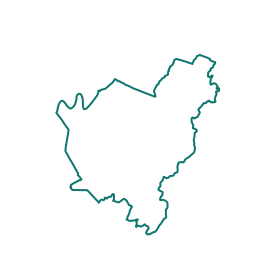 Palestina, Guayas, Ecuador, rotated 20°
{"feature_id": "8360857B38620743711757", "entity_name": "Palestina", "entity_type": "district", "adm_level": 2, "iso_a3": "ECU", "parent_name": "Ecuador", "parent_adm1": "Guayas", "projection": "robinson", "projection_center": [-79.904, -1.631], "detail": "fine", "context": "isolated", "style": "outline", "palette": "teal", "viewbox_px": 256, "rotation_deg": 20, "n_neighbors": 0, "source": "geoboundaries", "source_scale": "gbopen_adm2", "svg_char_len": 5846}
<svg xmlns="http://www.w3.org/2000/svg" viewBox="0 0 256 256"><g transform="rotate(20 128 128)"><path d="M55.5,138.2L63.0,143.0L67.1,146.1L72.7,149.9L73.0,150.7L73.6,153.8L76.1,167.6L77.1,171.1L85.5,178.4L86.8,179.3L96.6,187.8L96.9,189.4L99.1,190.4L101.8,192.2L101.7,192.5L101.2,193.3L100.0,193.7L99.3,195.1L98.3,195.5L97.6,196.7L96.8,197.6L96.1,197.9L94.7,200.1L94.0,200.6L93.8,201.0L93.9,201.5L94.2,201.9L94.2,202.9L94.6,203.2L94.3,203.6L96.9,205.3L110.1,200.7L110.8,200.5L111.5,200.6L126.1,208.0L126.5,206.4L126.8,205.9L126.9,205.2L127.6,204.4L127.8,204.2L129.5,204.2L130.0,203.7L130.4,202.9L130.5,202.3L130.1,201.5L130.8,201.3L132.1,201.4L132.5,201.3L132.7,200.5L133.0,200.0L133.8,199.2L135.6,198.2L135.7,197.8L135.7,197.0L135.9,196.1L136.1,195.7L136.7,195.1L137.1,195.2L138.0,196.3L138.1,196.9L138.8,199.1L139.0,199.4L139.2,199.7L139.0,201.4L144.0,201.3L145.1,200.7L146.0,199.4L147.0,198.0L147.6,196.7L148.0,196.3L148.5,196.0L149.0,196.0L150.4,196.3L151.4,196.6L153.1,198.2L154.1,198.8L154.9,199.8L156.5,200.2L157.7,200.1L158.1,200.2L158.6,200.6L158.2,202.8L158.3,203.5L158.0,204.9L158.4,207.9L158.0,211.8L158.2,213.1L158.1,214.4L159.6,214.6L161.7,214.7L163.4,213.7L165.1,213.0L168.0,210.7L168.3,210.6L168.5,210.8L168.6,211.0L167.7,212.8L167.9,213.2L168.3,213.6L169.3,215.9L169.3,216.3L168.9,217.0L169.0,217.3L169.5,217.9L169.6,217.6L170.1,217.2L171.3,216.3L171.9,216.1L173.5,216.3L174.1,216.0L174.7,215.5L175.5,214.6L176.6,212.9L176.9,212.9L177.9,213.5L178.7,213.6L180.1,213.6L180.6,213.8L181.4,214.8L181.7,215.7L181.7,216.0L180.9,218.2L180.8,220.1L180.9,220.4L181.3,220.7L182.7,221.3L183.9,220.7L185.0,220.1L185.7,219.4L186.9,217.9L187.9,216.9L188.7,216.5L189.3,215.7L189.7,214.6L190.5,211.4L190.7,209.0L191.8,206.5L192.4,203.2L192.8,201.3L193.3,200.6L194.1,200.0L194.3,199.4L194.3,198.6L192.2,193.8L191.6,192.0L191.6,191.7L192.2,190.2L192.3,189.0L190.8,185.1L190.3,184.5L189.8,184.2L188.4,183.6L187.5,183.4L185.0,183.7L183.1,184.7L182.9,184.6L182.4,183.8L182.3,183.1L182.5,181.6L182.7,180.7L183.1,179.9L183.2,179.2L182.8,177.4L182.5,176.7L182.3,176.4L181.8,176.2L179.5,176.1L178.2,175.8L177.6,175.2L177.5,174.5L177.5,173.8L177.6,173.3L178.1,172.5L178.3,171.8L178.2,171.0L177.3,168.8L177.2,168.1L177.3,167.6L178.3,165.9L178.4,165.5L178.3,161.8L178.9,161.6L180.2,161.9L181.5,161.9L182.2,161.6L183.2,160.4L183.6,159.2L184.1,158.7L184.6,158.3L186.3,157.7L186.6,157.5L187.1,156.5L187.4,154.5L188.4,153.5L189.4,152.9L189.3,151.5L189.0,150.2L188.0,148.2L187.5,146.4L187.4,145.4L187.5,143.0L189.3,142.0L191.0,141.4L191.8,141.4L192.4,139.9L192.5,138.4L192.9,137.3L193.4,136.6L194.8,135.1L198.4,128.5L198.4,127.3L197.9,124.1L197.5,123.3L196.1,121.6L195.2,119.0L194.9,118.5L194.1,117.4L193.8,116.6L193.6,115.5L193.5,113.6L192.7,110.8L192.4,110.1L192.4,109.7L193.5,107.8L193.6,107.0L193.4,106.5L193.0,106.3L190.9,105.8L189.3,106.1L189.1,106.0L188.7,104.9L188.5,103.6L188.2,102.7L187.3,102.2L186.8,101.7L186.1,100.7L185.2,99.4L184.7,97.9L184.6,97.5L184.6,97.0L185.1,96.2L185.7,95.9L186.3,96.3L186.8,96.4L187.2,96.2L188.4,94.8L189.3,94.1L189.7,93.5L189.8,91.7L189.9,91.1L190.2,90.5L190.2,89.2L189.6,88.3L187.9,86.8L187.8,86.4L188.3,84.9L189.5,83.0L189.6,81.8L190.4,80.2L190.4,79.5L190.6,78.9L191.0,78.6L192.4,78.2L192.8,77.8L193.2,76.1L194.1,75.5L194.8,74.7L195.3,74.7L196.4,75.4L197.0,75.4L197.8,75.0L198.9,75.1L199.7,74.4L200.9,73.9L201.1,73.6L201.1,73.2L200.8,72.6L199.7,71.3L199.6,70.8L199.6,69.1L199.3,68.0L199.6,67.2L199.6,66.5L199.2,64.8L198.7,64.6L198.5,64.3L198.4,64.0L198.4,63.6L198.7,63.2L199.3,62.8L200.4,62.5L200.5,62.3L200.7,62.0L200.7,61.5L200.4,60.3L200.0,59.8L199.4,59.6L199.1,59.8L198.7,60.6L198.1,60.7L197.9,60.6L197.7,60.3L197.7,60.0L198.2,58.8L198.1,58.4L195.7,56.7L195.2,56.5L193.8,56.5L193.1,56.8L191.5,58.6L191.2,58.8L190.7,58.8L190.5,58.6L189.5,56.3L189.4,54.8L188.9,53.6L189.4,52.0L189.6,51.1L189.6,50.1L189.4,49.9L189.1,49.9L188.6,50.8L187.8,51.7L187.1,52.1L186.4,52.3L185.7,52.2L185.2,51.3L184.4,48.6L184.6,47.8L185.0,46.9L185.6,46.2L186.0,45.5L185.9,45.1L185.4,44.5L185.4,44.2L186.1,42.8L186.9,42.2L187.1,41.9L187.1,41.0L187.0,40.5L186.9,39.3L187.4,38.6L187.5,38.1L187.6,37.2L187.6,36.8L187.4,36.4L187.1,36.3L186.5,36.3L185.0,36.5L183.4,36.4L181.8,36.0L181.5,35.8L181.3,35.1L178.3,34.8L171.5,34.8L171.3,34.9L170.8,34.7L170.5,34.8L170.0,35.4L168.8,36.3L168.3,36.8L168.1,38.7L167.6,40.2L167.3,40.7L167.0,40.9L166.7,41.4L166.8,42.6L166.5,44.7L166.6,45.7L154.9,46.1L149.8,46.6L149.5,47.0L148.5,47.9L148.2,48.7L148.2,49.1L148.5,50.6L148.5,50.9L148.2,51.4L148.3,51.7L148.5,52.0L148.4,52.3L148.1,53.7L147.6,54.4L147.1,55.3L146.7,55.6L146.6,57.0L146.7,57.6L146.2,59.0L146.6,59.3L146.7,59.5L146.8,60.6L146.5,61.1L146.4,61.6L146.5,62.0L147.1,63.1L147.3,63.9L147.1,64.3L146.2,65.3L144.9,66.5L145.1,67.5L144.9,68.0L143.8,69.0L143.6,69.4L143.2,69.9L142.9,70.9L142.6,71.3L142.5,72.0L141.7,73.2L141.6,73.6L141.7,74.5L141.6,75.5L141.4,75.8L141.5,76.3L141.3,76.9L141.1,77.2L140.6,77.4L140.5,78.1L140.3,78.3L140.4,79.6L140.0,80.6L140.0,81.3L139.8,82.3L139.9,83.3L139.8,84.1L139.9,84.6L140.2,85.2L141.5,86.6L142.0,87.1L142.2,87.5L142.3,88.0L142.9,88.8L142.8,89.1L142.3,89.4L119.4,88.9L113.8,88.2L110.9,88.3L109.9,88.0L109.0,87.6L108.5,87.5L107.3,87.7L104.1,87.0L103.7,87.0L102.5,87.5L101.2,86.7L99.4,86.7L99.0,86.6L98.3,89.5L97.9,90.7L93.4,98.6L93.0,99.1L89.5,101.4L89.2,101.8L89.0,102.5L89.0,102.9L87.5,103.1L87.8,104.7L88.0,106.9L87.6,109.0L86.0,114.4L83.8,120.6L82.3,123.8L81.8,124.5L81.4,124.9L80.5,125.3L79.4,124.7L78.6,123.6L75.3,115.7L74.0,114.1L72.5,112.7L72.1,112.5L71.3,112.4L70.0,112.7L69.2,114.0L68.9,114.7L68.9,115.4L68.9,116.1L69.6,118.1L69.9,120.1L70.1,122.6L70.0,124.5L69.6,126.1L68.9,127.6L68.1,128.8L66.9,129.5L66.3,129.4L64.9,128.9L62.6,127.8L61.0,126.5L58.8,125.2L57.3,124.8L56.1,125.4L55.7,125.9L55.3,126.9L54.9,129.4L54.9,131.0L55.7,136.6L55.7,137.5L55.5,138.2Z" fill="none" stroke="#0f766e" stroke-width="2"/></g></svg>